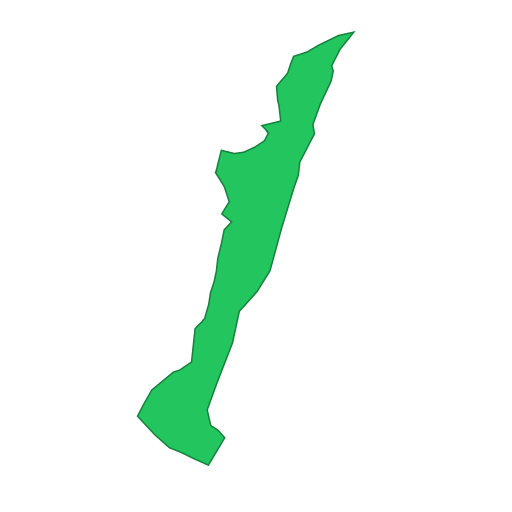 Ferap, Chardzhou, Turkmenistan (Equal Earth projection), rotated 72°
{"feature_id": "10190150B85284171000924", "entity_name": "Ferap", "entity_type": "district", "adm_level": 2, "iso_a3": "TKM", "parent_name": "Turkmenistan", "parent_adm1": "Chardzhou", "projection": "equal_earth", "projection_center": [63.283, 39.35], "detail": "fine", "context": "isolated", "style": "filled", "palette": "green", "viewbox_px": 512, "rotation_deg": 72, "n_neighbors": 0, "source": "geoboundaries", "source_scale": "gbopen_adm2", "svg_char_len": 1260}
<svg xmlns="http://www.w3.org/2000/svg" viewBox="0 0 512 512"><g transform="rotate(72 256 256)"><path d="M83.9,163.6L91.7,169.3L92.5,170.5L92.9,170.8L96.1,176.3L100.9,184.0L114.7,187.3L120.1,187.7L135.3,190.8L135.2,192.0L135.3,192.1L135.1,193.3L133.8,210.2L140.6,206.8L140.9,207.2L142.9,206.2L149.0,212.3L152.0,223.1L153.5,235.5L151.9,244.8L144.8,256.3L157.4,264.3L164.1,268.0L163.2,268.0L164.2,268.7L164.3,268.7L180.2,264.7L194.8,264.7L196.1,264.7L199.2,268.3L205.4,275.5L206.2,275.0L216.0,268.7L219.2,274.4L221.3,278.2L222.4,278.8L233.2,284.9L242.1,290.4L246.5,293.1L253.6,296.3L258.4,298.5L267.7,303.9L277.0,310.7L283.1,313.8L283.1,313.7L283.6,314.0L287.7,316.1L299.6,324.2L301.1,326.9L301.9,327.6L303.6,331.5L306.3,336.4L335.2,349.3L336.9,350.0L339.2,358.1L340.9,363.6L340.9,370.5L351.2,396.4L361.3,407.6L371.7,418.2L394.7,407.5L395.0,407.3L411.6,397.6L419.4,388.2L429.4,377.9L440.2,365.9L419.2,341.9L409.9,346.0L403.3,351.4L387.3,350.0L364.7,332.4L331.4,305.2L303.5,289.0L290.2,266.0L274.3,247.2L237.2,222.9L202.8,198.8L192.2,190.7L180.3,185.4L157.8,162.6L148.6,161.3L131.4,147.9L113.0,130.6L103.8,125.3L98.5,125.3L85.3,112.0L73.3,93.8L71.8,109.5L74.8,130.9L77.8,144.7L77.7,158.5L83.9,163.6Z" fill="#22c55e" stroke="#15803d" stroke-width="1.5"/></g></svg>